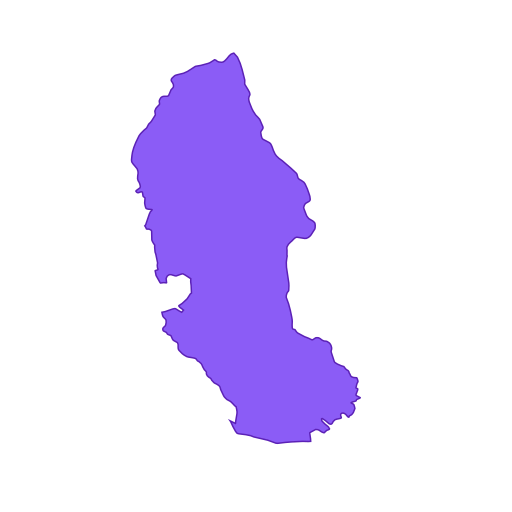 Que Son, Quàng Nam, Vietnam (Robinson projection), rotated 122°
{"feature_id": "81297802B89611140069217", "entity_name": "Que Son", "entity_type": "district", "adm_level": 2, "iso_a3": "VNM", "parent_name": "Vietnam", "parent_adm1": "Quàng Nam", "projection": "robinson", "projection_center": [108.254, 15.725], "detail": "fine", "context": "isolated", "style": "filled", "palette": "violet", "viewbox_px": 512, "rotation_deg": 122, "n_neighbors": 0, "source": "geoboundaries", "source_scale": "gbopen_adm2", "svg_char_len": 6130}
<svg xmlns="http://www.w3.org/2000/svg" viewBox="0 0 512 512"><g transform="rotate(122 256 256)"><path d="M163.0,273.1L161.3,284.2L161.0,288.4L160.3,291.7L159.4,293.9L157.2,297.3L155.1,299.9L153.8,301.8L153.0,303.3L152.8,304.7L153.3,311.7L153.2,312.6L152.7,313.6L151.5,315.0L148.7,317.5L147.7,317.8L145.5,317.7L144.4,317.7L143.5,318.0L142.7,318.7L138.2,325.2L137.4,327.7L136.6,331.0L134.7,335.1L133.2,337.6L131.3,340.2L129.0,343.3L127.6,344.7L126.3,345.7L124.7,346.3L122.5,346.6L121.8,347.1L120.7,348.2L119.2,350.8L116.3,356.6L112.7,358.8L105.3,366.5L101.0,371.5L97.2,377.1L95.7,382.3L96.5,383.0L98.0,384.1L100.3,384.8L104.3,385.3L107.0,385.9L108.3,386.4L109.2,387.0L110.0,387.9L111.2,390.5L111.4,391.9L111.2,393.9L111.5,395.1L111.8,395.3L113.0,395.8L116.8,397.7L118.3,398.9L123.6,403.8L126.9,407.5L127.5,408.0L135.8,411.9L139.4,414.3L144.1,418.9L145.6,420.2L146.8,420.7L149.4,421.4L150.6,421.5L151.4,421.3L152.1,420.9L152.7,420.0L153.2,418.7L154.4,416.9L155.5,416.1L156.5,415.6L157.4,415.6L160.1,416.1L165.2,415.3L166.1,415.2L166.9,415.4L167.5,415.8L169.4,418.8L170.4,419.8L171.5,420.4L172.5,420.6L173.5,420.6L175.2,420.4L176.1,420.0L178.2,418.3L178.7,418.2L182.7,419.0L184.0,419.1L186.7,418.6L189.3,416.4L189.9,416.1L196.9,416.1L198.6,416.3L200.4,416.8L201.2,416.9L205.1,416.6L205.8,416.7L208.5,417.6L213.4,418.7L216.0,418.9L223.4,418.1L228.8,417.1L233.3,415.8L236.2,414.6L240.1,412.7L241.3,411.9L242.1,411.1L243.0,409.2L245.0,403.1L246.6,401.1L248.2,399.9L250.9,398.7L253.2,397.4L254.6,395.9L255.6,393.9L256.8,392.4L258.2,391.0L259.6,390.5L264.1,392.3L264.8,392.1L265.2,390.7L265.0,389.8L264.5,389.1L262.4,387.5L262.1,386.6L262.2,386.1L262.8,385.5L265.1,383.5L265.3,383.0L265.5,381.1L265.7,380.8L270.1,378.5L272.0,376.8L273.6,375.0L273.9,374.3L273.9,373.8L273.5,372.4L271.9,369.2L271.8,368.8L271.9,368.6L272.8,368.6L274.4,369.0L275.2,368.9L277.0,368.7L288.0,366.1L289.4,366.3L289.7,365.5L291.1,363.2L290.8,362.4L290.3,361.7L289.8,360.5L289.7,358.6L290.2,357.7L297.5,352.9L298.0,352.4L299.1,350.6L299.9,349.0L300.4,347.7L302.3,346.6L306.1,343.7L307.7,341.8L314.0,335.8L316.1,334.9L317.2,334.1L318.2,333.3L319.0,332.3L319.4,332.0L319.7,332.0L320.4,332.5L321.5,333.5L322.0,333.7L325.5,330.4L329.4,323.3L329.5,322.6L327.5,320.2L326.3,317.8L326.0,317.7L322.7,320.3L321.4,320.5L319.9,320.6L318.5,320.0L317.7,319.5L316.8,318.1L315.7,314.1L315.2,313.1L312.0,310.6L310.2,309.1L309.8,308.1L309.7,306.0L309.8,299.3L312.5,297.7L315.5,295.3L321.6,291.1L323.0,291.6L328.7,291.7L335.4,293.5L338.9,295.1L339.3,295.0L339.9,293.4L340.3,288.8L343.1,289.2L343.3,292.0L343.3,296.3L343.9,297.4L345.2,298.7L351.2,303.5L353.6,306.0L355.4,304.3L356.4,303.1L356.9,302.0L357.5,299.4L358.0,298.4L358.8,297.8L360.1,296.9L362.6,296.0L363.5,296.0L365.7,296.6L366.5,296.6L367.3,296.4L368.2,295.6L368.5,295.1L368.6,294.6L368.3,291.7L368.6,290.8L369.0,290.1L369.2,289.4L369.1,288.6L368.7,286.6L368.7,285.8L370.5,283.2L371.2,281.8L371.3,280.9L371.1,277.0L371.3,276.4L372.4,275.1L374.5,273.8L375.6,273.0L376.3,272.3L376.8,271.3L377.9,266.7L378.1,264.5L378.0,261.5L377.5,259.7L375.9,255.9L375.1,253.6L375.0,252.4L375.9,250.1L375.9,249.3L375.8,248.4L376.3,245.5L377.1,244.0L378.2,242.5L379.8,239.6L380.3,237.5L380.8,236.5L382.1,235.7L382.6,235.2L383.4,233.8L383.8,231.8L383.8,229.9L383.9,229.3L384.8,227.7L385.7,224.5L385.7,223.3L385.5,221.7L385.5,220.1L385.6,218.6L385.9,217.7L386.4,216.9L388.1,215.0L391.8,209.2L392.3,208.1L392.8,206.2L393.1,204.5L392.9,201.5L392.9,200.3L393.4,197.9L394.2,194.9L394.4,193.7L394.3,193.1L396.2,191.2L398.2,189.5L399.8,188.6L407.5,185.4L408.6,184.7L408.9,184.7L409.5,190.6L409.9,189.7L412.8,185.3L415.5,180.5L416.3,178.4L416.2,177.3L415.8,176.2L412.9,169.9L411.2,165.3L410.6,162.0L406.0,148.5L404.2,140.0L403.4,138.4L398.6,132.4L395.0,127.6L388.4,118.1L385.6,113.3L384.2,111.4L382.2,112.8L377.7,116.6L377.2,116.7L371.5,113.5L370.5,111.5L370.3,110.2L370.4,107.0L370.1,105.3L369.8,104.6L369.4,104.3L368.4,104.2L366.4,103.6L364.7,102.3L364.0,102.0L363.6,102.1L362.6,104.0L362.3,105.7L362.0,108.3L361.1,112.3L360.6,113.1L359.9,113.7L359.4,114.1L359.0,114.0L358.7,113.6L358.7,112.9L358.8,110.0L359.4,106.1L359.5,104.9L359.2,103.8L358.7,103.1L357.7,102.7L355.4,102.8L353.1,102.3L351.6,101.1L349.4,98.8L348.5,98.0L347.9,98.0L347.6,98.2L346.7,99.4L345.8,100.1L345.1,100.3L344.4,100.2L343.7,99.8L343.0,98.8L342.7,97.7L342.7,96.1L343.7,93.0L343.6,92.0L343.3,91.8L342.2,92.1L340.1,90.9L339.3,90.7L337.2,90.5L332.9,91.3L331.7,92.5L330.2,94.2L330.0,94.9L330.2,97.4L329.9,97.6L328.9,97.0L326.1,94.5L325.5,94.4L324.9,94.6L324.4,94.6L321.8,92.8L321.1,92.5L320.9,92.6L320.9,92.9L321.2,96.9L320.9,97.5L320.4,97.8L315.6,98.8L314.8,99.3L314.7,99.7L315.0,100.8L314.8,101.4L312.0,102.4L310.5,102.8L308.7,102.9L308.1,103.2L306.5,105.0L305.9,106.1L307.3,108.8L307.7,110.4L307.7,111.3L307.5,112.2L306.5,113.6L305.6,115.3L305.0,115.8L304.6,116.5L304.4,117.2L304.4,119.0L304.2,120.3L303.2,122.9L303.9,125.6L304.5,129.6L304.5,132.6L304.1,133.6L298.0,140.9L296.9,141.9L295.2,142.4L293.9,143.1L292.5,144.5L291.5,146.0L290.9,147.6L290.8,150.1L291.0,151.2L291.9,153.0L292.2,154.0L292.3,155.7L292.1,157.8L292.2,159.5L292.8,160.8L293.6,161.9L295.1,162.7L296.4,163.2L297.1,163.7L297.5,164.4L297.9,168.0L298.7,172.1L299.2,179.6L299.1,180.7L298.6,182.2L298.0,183.3L297.8,184.1L298.2,185.1L298.4,185.8L298.2,186.5L297.7,187.2L295.4,188.8L292.4,190.5L290.6,191.8L288.8,193.4L284.0,198.0L279.3,203.0L275.1,208.4L273.4,209.4L271.4,210.0L269.9,210.1L268.6,209.9L267.9,210.0L263.8,212.3L261.5,213.9L249.4,224.2L245.4,226.9L241.8,228.6L239.4,229.6L238.7,230.3L234.9,232.6L232.9,234.1L231.6,234.6L228.7,234.7L225.6,234.0L224.9,233.7L221.3,232.9L219.8,232.4L219.0,231.9L218.4,231.3L215.3,224.0L214.3,222.6L212.6,221.5L210.8,220.8L209.1,220.5L201.9,220.4L200.6,220.9L198.8,221.9L197.2,223.2L196.6,224.1L196.2,226.2L196.3,230.9L195.9,232.3L195.2,234.1L194.3,235.4L190.5,240.4L189.6,241.3L187.3,241.9L185.4,241.9L184.5,241.5L181.7,240.0L180.6,239.7L179.7,239.8L179.0,240.2L176.9,241.9L175.5,243.5L171.9,248.0L168.9,252.5L168.1,254.4L167.9,257.4L168.0,259.2L167.9,260.7L167.5,261.8L164.9,264.6L164.4,265.8L163.0,273.1Z" fill="#8b5cf6" stroke="#5b21b6" stroke-width="1.5"/></g></svg>